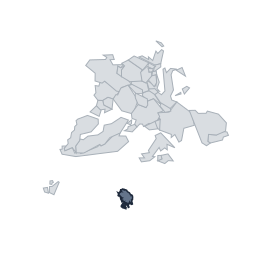 Iceland on a map of Europe (orthographic projection), rotated 256°
{"feature_id": "ISL", "entity_name": "Iceland", "entity_type": "country or territory", "adm_level": 0, "iso_a3": "ISL", "parent_name": "Europe", "parent_adm1": "", "projection": "orthographic", "projection_center": [-19.868, 64.966], "detail": "fine", "context": "in_parent", "style": "filled", "palette": "slate", "viewbox_px": 256, "rotation_deg": 256, "n_neighbors": 37, "source": "natural_earth", "source_scale": "50m", "svg_char_len": 10885}
<svg xmlns="http://www.w3.org/2000/svg" viewBox="0 0 256 256"><g transform="rotate(256 128 128)"><path d="M81.2,40.0L84.4,36.1L90.2,37.7L89.7,40.3L92.9,47.3L92.0,48.1L81.2,40.0ZM126.4,59.7L125.4,63.9L123.7,61.3L121.2,61.3L122.5,69.2L116.5,70.2L117.4,74.8L114.6,75.9L117.2,93.9L118.9,96.7L117.2,97.5L118.1,101.7L124.9,112.9L125.0,119.1L122.5,117.4L120.7,123.9L114.7,125.3L107.9,112.3L112.9,70.4L118.5,57.7L123.7,56.8L123.4,59.0L126.4,59.7ZM90.2,31.3L89.8,35.5L84.0,35.0L86.1,31.6L90.2,31.3ZM95.5,39.5L95.2,42.1L93.3,42.4L93.0,41.1L91.7,40.4L92.5,38.6L95.5,39.5Z" fill="#d9dde1" stroke="#a8b0b8" stroke-width="1"/><path d="M118.3,158.2L135.5,160.5L133.5,171.8L141.5,181.6L126.9,193.5L114.6,193.0L114.2,182.1L102.9,176.9L102.0,174.0L110.3,171.9L108.3,167.6L111.3,168.5L118.3,158.2ZM148.2,187.7L148.0,181.5L149.8,187.8L148.2,187.7Z" fill="#d9dde1" stroke="#a8b0b8" stroke-width="1"/><path d="M125.0,119.1L123.1,108.1L118.1,101.7L117.2,97.5L118.9,96.7L114.4,79.0L116.5,71.6L123.1,72.8L128.9,78.9L127.4,81.8L129.8,87.2L128.6,97.1L130.7,103.0L136.5,105.6L136.2,113.0L140.0,123.8L135.6,130.3L125.0,119.1Z" fill="#d9dde1" stroke="#a8b0b8" stroke-width="1"/><path d="M162.1,105.5L168.1,102.9L170.0,105.4L177.1,106.4L175.7,109.8L179.1,111.9L179.1,116.7L165.4,128.5L159.7,120.6L162.6,116.0L160.8,110.1L162.1,105.5Z" fill="#d9dde1" stroke="#a8b0b8" stroke-width="1"/><path d="M201.6,124.5L204.7,121.6L202.8,130.9L197.8,131.2L198.6,127.1L192.9,128.7L190.5,139.4L188.2,135.4L190.5,133.1L183.7,130.5L177.0,139.0L169.5,141.8L168.9,131.7L165.4,128.5L166.6,125.7L179.1,116.7L177.8,113.7L181.6,107.4L189.1,109.4L198.9,102.1L203.3,107.4L199.9,122.8L201.6,124.5Z" fill="#d9dde1" stroke="#a8b0b8" stroke-width="1"/><path d="M159.7,120.6L163.3,124.3L162.6,126.0L168.4,130.6L169.7,138.5L152.3,144.3L142.6,137.8L141.2,134.8L146.2,126.1L159.7,120.6Z" fill="#d9dde1" stroke="#a8b0b8" stroke-width="1"/><path d="M158.7,151.4L159.1,158.1L156.2,161.2L142.0,166.1L150.2,159.9L149.3,153.7L156.3,149.7L158.7,151.4Z" fill="#d9dde1" stroke="#a8b0b8" stroke-width="1"/><path d="M169.5,141.8L172.1,142.5L171.7,150.9L166.8,157.3L159.3,157.2L158.7,151.4L169.5,141.8Z" fill="#d9dde1" stroke="#a8b0b8" stroke-width="1"/><path d="M179.4,134.1L183.7,130.5L190.5,133.1L188.2,135.4L189.1,139.7L185.8,135.7L179.4,134.1Z" fill="#d9dde1" stroke="#a8b0b8" stroke-width="1"/><path d="M189.1,139.7L192.3,137.5L193.9,144.7L181.2,155.8L170.2,153.0L172.5,141.0L179.4,134.1L185.8,135.7L189.1,139.7Z" fill="#d9dde1" stroke="#a8b0b8" stroke-width="1"/><path d="M160.8,110.1L162.6,116.0L159.7,120.6L150.1,117.0L156.0,110.1L160.8,110.1Z" fill="#d9dde1" stroke="#a8b0b8" stroke-width="1"/><path d="M157.2,102.7L162.1,105.5L160.8,110.1L156.0,110.1L150.1,117.0L148.5,108.9L151.8,110.3L152.4,104.3L157.2,102.7Z" fill="#d9dde1" stroke="#a8b0b8" stroke-width="1"/><path d="M152.8,95.1L157.2,102.7L151.5,106.1L146.3,102.8L152.8,95.1Z" fill="#d9dde1" stroke="#a8b0b8" stroke-width="1"/><path d="M141.2,134.8L148.4,143.5L143.5,150.4L149.3,153.7L150.2,159.9L136.0,166.6L135.5,160.5L131.5,161.5L128.6,158.6L125.9,151.9L127.4,149.5L125.7,143.4L128.3,143.0L129.0,140.3L126.8,136.9L129.9,135.3L133.8,137.9L136.4,134.2L141.2,134.8Z" fill="#d9dde1" stroke="#a8b0b8" stroke-width="1"/><path d="M179.7,155.0L181.2,155.8L193.9,144.7L196.4,151.3L186.2,164.0L179.7,155.0Z" fill="#d9dde1" stroke="#a8b0b8" stroke-width="1"/><path d="M205.8,176.1L202.6,180.9L198.9,182.5L198.6,180.7L205.8,176.1ZM182.5,169.5L194.3,155.7L194.6,159.2L189.4,164.6L192.1,165.0L187.5,168.3L195.9,173.7L193.1,174.9L195.9,179.6L194.2,181.1L182.5,175.3L182.5,169.5Z" fill="#d9dde1" stroke="#a8b0b8" stroke-width="1"/><path d="M182.5,169.5L182.5,175.3L179.4,174.6L175.8,165.7L182.5,169.5Z" fill="#d9dde1" stroke="#a8b0b8" stroke-width="1"/><path d="M160.8,157.8L170.0,157.5L161.9,165.2L173.0,168.8L164.9,169.4L159.3,165.7L156.0,167.4L160.8,157.8Z" fill="#d9dde1" stroke="#a8b0b8" stroke-width="1"/><path d="M141.6,164.3L145.3,167.2L138.1,173.9L134.0,173.6L134.2,167.8L141.6,164.3Z" fill="#d9dde1" stroke="#a8b0b8" stroke-width="1"/><path d="M128.0,159.0L129.9,161.0L128.5,161.3L128.0,159.0Z" fill="#d9dde1" stroke="#a8b0b8" stroke-width="1"/><path d="M127.9,155.8L128.5,161.3L118.3,158.2L124.0,154.4L127.9,155.8Z" fill="#d9dde1" stroke="#a8b0b8" stroke-width="1"/><path d="M125.6,144.5L127.9,155.8L120.0,156.6L121.0,148.3L125.6,144.5Z" fill="#d9dde1" stroke="#a8b0b8" stroke-width="1"/><path d="M93.5,204.2L95.7,202.2L102.3,204.6L99.8,212.2L102.3,217.8L100.2,223.1L96.6,223.7L96.1,218.3L93.5,216.8L93.5,204.2Z" fill="#d9dde1" stroke="#a8b0b8" stroke-width="1"/><path d="M101.4,221.9L99.8,212.2L102.3,204.6L95.7,202.2L93.5,204.2L91.8,199.9L95.7,196.2L130.2,191.7L128.9,197.5L125.2,199.7L123.4,207.3L125.2,209.1L119.6,219.1L109.2,224.7L101.4,221.9Z" fill="#d9dde1" stroke="#a8b0b8" stroke-width="1"/><path d="M93.4,153.5L93.2,160.5L85.1,163.9L86.6,159.2L84.6,155.1L89.0,148.9L89.8,153.4L93.4,153.5Z" fill="#d9dde1" stroke="#a8b0b8" stroke-width="1"/><path d="M144.8,165.6L154.0,162.1L156.0,165.3L152.2,168.5L155.0,172.8L176.6,176.2L177.3,178.3L172.4,178.7L175.5,183.7L173.3,189.6L172.8,185.2L169.2,182.7L153.9,181.3L148.8,177.0L144.6,177.2L141.5,181.6L136.7,173.7L144.8,165.6ZM164.4,196.3L172.4,188.8L173.6,195.1L164.4,196.3ZM147.3,190.9L152.7,190.1L154.2,195.1L152.0,197.4L147.3,190.9Z" fill="#d9dde1" stroke="#a8b0b8" stroke-width="1"/><path d="M129.9,135.3L126.8,136.9L123.2,131.2L126.2,123.9L127.1,127.5L129.3,128.5L129.9,135.3ZM132.9,128.1L134.9,133.5L131.6,132.5L130.5,131.1L132.9,128.1Z" fill="#d9dde1" stroke="#a8b0b8" stroke-width="1"/><path d="M93.4,153.5L89.8,153.4L89.0,148.9L94.1,150.3L93.4,153.5ZM101.6,153.5L94.5,144.8L93.6,147.1L91.0,141.2L91.9,132.8L96.3,131.6L95.0,136.8L99.6,134.9L98.9,142.8L101.3,142.4L110.9,152.8L114.2,152.5L115.4,158.6L97.5,168.7L102.7,161.9L97.3,160.8L99.8,158.8L97.8,154.1L101.6,153.5Z" fill="#d9dde1" stroke="#a8b0b8" stroke-width="1"/><path d="M154.0,162.1L159.3,157.2L160.8,157.8L159.7,163.6L155.5,166.0L154.0,162.1Z" fill="#d9dde1" stroke="#a8b0b8" stroke-width="1"/><path d="M123.7,61.3L127.4,66.2L131.1,66.6L132.4,70.0L137.2,72.1L139.0,75.6L142.3,76.7L143.8,79.3L147.7,79.4L148.8,81.5L150.0,91.7L143.8,101.2L139.1,100.2L133.2,91.3L133.3,80.2L127.4,78.0L123.1,72.8L116.5,71.6L122.5,69.2L121.2,61.3L123.7,61.3Z" fill="#d9dde1" stroke="#a8b0b8" stroke-width="1"/><path d="M169.1,138.7L169.3,142.5L161.5,151.3L157.8,150.3L159.5,144.0L169.1,138.7Z" fill="#d9dde1" stroke="#a8b0b8" stroke-width="1"/><path d="M148.4,143.5L155.5,142.4L160.2,143.5L151.6,153.8L145.5,152.7L143.5,150.4L148.4,143.5Z" fill="#d9dde1" stroke="#a8b0b8" stroke-width="1"/><path d="M172.9,168.0L165.1,166.8L161.7,163.4L170.7,158.9L173.4,163.2L172.9,168.0Z" fill="#d9dde1" stroke="#a8b0b8" stroke-width="1"/><path d="M182.9,161.9L186.2,164.0L181.0,169.5L179.5,166.0L182.9,161.9Z" fill="#d9dde1" stroke="#a8b0b8" stroke-width="1"/><path d="M167.4,156.2L170.2,153.0L179.1,153.7L183.0,161.1L181.1,163.7L177.3,161.7L176.8,164.3L172.9,163.8L167.4,156.2Z" fill="#d9dde1" stroke="#a8b0b8" stroke-width="1"/><path d="M176.8,165.4L176.4,169.2L173.0,168.8L172.9,163.8L176.8,165.4Z" fill="#d9dde1" stroke="#a8b0b8" stroke-width="1"/><path d="M179.5,166.9L176.8,165.4L177.0,162.2L180.8,161.9L179.5,166.9Z" fill="#d9dde1" stroke="#a8b0b8" stroke-width="1"/><path d="M66.1,103.3L66.3,103.3L66.6,103.1L67.1,102.7L67.6,102.6L67.4,102.8L67.2,103.0L67.0,103.5L66.9,103.7L66.9,103.8L67.1,104.0L67.3,104.1L67.5,103.9L67.6,104.0L67.7,104.4L67.7,104.6L67.6,104.9L67.5,105.2L67.6,105.3L68.2,105.1L68.3,105.1L68.3,105.3L68.5,105.5L68.4,105.6L68.2,106.0L68.5,105.8L68.7,105.7L69.2,105.7L69.4,105.9L69.5,106.1L69.8,106.1L69.7,106.5L69.5,106.8L69.6,107.0L69.8,107.1L69.9,107.3L69.7,107.4L69.7,107.6L70.0,107.7L70.1,107.8L70.1,108.1L69.9,108.3L69.7,108.3L69.6,108.6L69.7,108.8L69.6,109.0L69.5,109.4L69.3,109.6L69.2,109.7L68.9,109.7L68.7,109.6L68.7,109.9L68.6,110.1L68.7,110.3L68.7,110.5L68.5,110.9L68.4,111.1L68.1,111.3L67.8,111.5L67.7,111.7L67.2,111.7L66.8,111.9L66.2,112.3L65.7,112.6L65.4,112.9L65.0,113.5L64.7,113.7L64.5,113.8L64.1,113.9L63.8,114.0L62.8,114.3L62.5,114.5L62.4,114.6L62.3,114.8L62.3,115.0L62.2,115.3L62.0,115.5L61.9,115.5L61.7,115.3L61.7,115.6L60.9,115.9L59.7,115.7L59.2,115.6L58.7,115.3L58.3,115.3L57.8,115.2L57.5,114.9L57.3,114.7L57.3,114.4L57.5,114.4L57.4,114.2L57.1,114.5L57.0,114.4L56.8,114.3L56.8,114.2L56.5,114.1L56.3,114.0L56.0,113.8L56.0,113.7L55.8,113.6L55.6,113.8L55.4,113.9L53.7,113.9L53.2,113.9L53.0,113.4L53.0,113.1L53.1,112.8L53.3,113.0L54.1,113.1L54.3,112.9L54.6,112.6L54.8,112.4L54.9,112.0L55.0,111.8L55.1,111.7L55.5,111.6L55.3,111.5L55.1,111.5L54.5,111.9L54.4,111.9L54.4,111.7L54.6,111.5L54.5,111.4L54.6,111.0L55.1,110.6L55.3,110.5L55.2,110.5L55.1,110.4L54.6,110.8L54.3,110.9L54.2,110.9L54.0,110.7L53.9,110.5L53.9,110.4L54.1,110.1L53.9,110.0L53.7,109.7L53.2,109.7L52.0,109.5L51.8,109.6L51.4,109.8L51.1,109.8L50.9,109.7L50.8,109.3L50.8,109.1L51.0,109.1L51.4,109.1L51.8,109.0L52.0,109.0L52.1,108.9L52.3,108.8L52.5,108.8L52.9,108.8L53.0,108.7L53.3,108.7L53.5,108.7L54.0,108.7L54.8,108.7L54.9,108.4L55.0,108.1L54.5,108.3L54.4,108.3L53.8,108.1L53.6,108.0L53.7,107.8L54.0,107.6L54.3,107.4L54.8,107.1L54.9,106.9L54.6,106.7L54.1,106.8L53.9,106.5L53.5,106.3L53.2,106.4L52.6,106.4L51.7,106.7L51.4,106.9L51.2,106.9L51.0,106.7L50.6,106.5L50.2,106.4L50.4,106.0L50.6,106.0L50.8,106.0L51.1,106.3L51.3,106.4L51.0,106.0L51.0,105.9L51.0,105.7L50.9,105.4L51.0,105.3L51.7,105.8L52.0,105.7L52.4,105.5L52.3,105.4L51.9,105.4L51.6,105.3L51.5,105.2L51.4,105.0L51.4,104.9L51.6,104.9L52.0,104.9L51.7,104.6L51.6,104.4L51.6,104.2L52.1,104.3L52.1,104.2L51.9,104.0L51.9,103.9L52.0,103.8L52.0,103.7L52.3,103.6L52.8,104.0L52.9,104.3L52.9,104.5L53.1,104.5L53.4,104.3L53.5,104.3L53.6,104.5L53.6,105.0L53.7,104.9L53.9,104.9L53.9,104.5L53.9,104.2L53.3,103.8L53.2,103.7L53.1,103.4L53.4,103.3L53.8,103.3L53.8,103.2L53.6,103.1L53.3,103.0L53.0,103.0L52.8,102.9L52.9,102.7L53.1,102.6L53.5,102.6L53.8,102.5L54.0,102.6L54.2,102.8L54.4,103.2L54.8,103.4L54.8,103.5L55.0,103.6L55.4,104.1L55.8,104.4L55.8,104.5L55.7,104.6L55.8,104.8L55.9,105.0L55.8,105.7L55.7,105.8L55.3,105.7L55.4,105.9L55.6,106.1L55.6,106.3L55.8,106.4L55.8,106.6L55.7,106.7L55.7,106.8L55.8,106.9L56.0,107.1L56.1,107.6L56.3,107.2L56.5,106.9L56.6,106.5L56.8,106.1L57.0,106.0L57.3,106.4L57.4,106.5L57.4,106.4L57.5,106.2L57.6,105.8L57.6,105.3L57.6,104.8L57.6,104.4L57.7,104.2L57.9,104.1L58.1,104.2L58.2,104.4L58.5,104.9L58.7,105.1L58.9,105.4L59.0,105.5L59.3,105.4L59.2,104.6L59.3,104.4L59.3,104.2L59.7,104.1L59.9,104.0L60.0,103.9L60.3,103.8L60.5,104.0L61.0,104.7L61.3,105.0L61.5,105.6L61.7,105.3L61.6,104.9L61.2,104.1L61.3,103.8L61.5,103.8L62.0,103.9L62.1,104.0L62.5,104.5L62.8,104.5L62.8,104.4L63.0,104.1L63.3,103.6L63.6,103.7L63.7,103.8L63.8,103.9L64.0,103.9L64.2,103.7L64.4,103.6L64.5,103.3L64.5,103.2L64.3,102.5L64.4,102.3L64.8,102.1L65.2,102.1L65.5,102.5L65.8,102.8L65.8,103.1L66.1,103.3Z" fill="#64748b" stroke="#1e293b" stroke-width="1.5"/></g></svg>